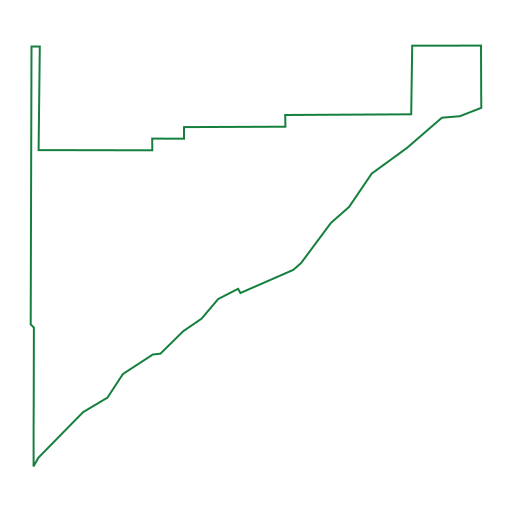 the district of Merrick, Nebraska, United States of America
{"feature_id": "52423323B25038053629018", "entity_name": "Merrick", "entity_type": "district", "adm_level": 2, "iso_a3": "USA", "parent_name": "United States of America", "parent_adm1": "Nebraska", "projection": "robinson", "projection_center": [-97.996, 41.132], "detail": "fine", "context": "isolated", "style": "outline", "palette": "green", "viewbox_px": 512, "rotation_deg": 0, "n_neighbors": 0, "source": "geoboundaries", "source_scale": "gbopen_adm2", "svg_char_len": 591}
<svg xmlns="http://www.w3.org/2000/svg" viewBox="0 0 512 512"><path d="M331.0,222.8L349.1,206.9L371.7,173.6L407.1,147.8L441.9,117.7L459.9,116.2L481.3,107.8L481.2,95.1L481.0,45.6L412.2,45.7L411.2,114.3L285.2,115.0L285.4,126.7L184.0,127.1L184.0,138.7L152.2,138.6L152.3,150.3L38.6,150.1L39.8,46.5L31.5,46.5L30.7,324.4L33.9,327.6L33.7,405.6L33.6,428.7L33.6,462.5L33.5,466.4L38.4,457.7L83.1,412.1L107.5,397.6L122.9,374.0L152.8,354.5L160.4,353.7L183.2,331.2L201.5,318.7L218.2,299.0L238.1,288.8L240.4,293.0L293.4,269.8L301.1,263.0L331.0,222.8Z" fill="none" stroke="#15803d" stroke-width="2"/></svg>